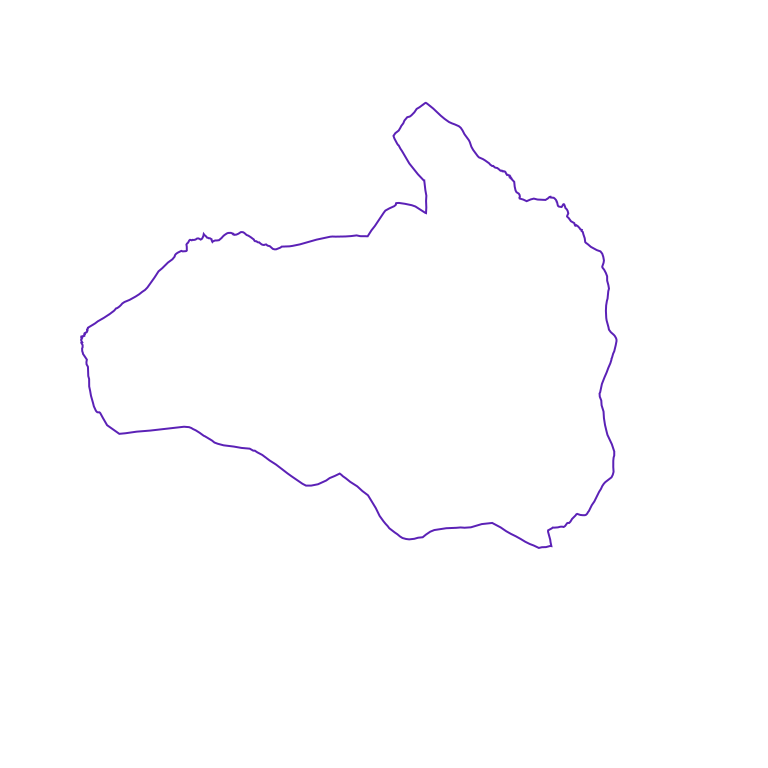 Hanang, Manyara, United Republic of Tanzania (Robinson projection), rotated 326°
{"feature_id": "72390352B73734578830609", "entity_name": "Hanang", "entity_type": "district", "adm_level": 2, "iso_a3": "TZA", "parent_name": "United Republic of Tanzania", "parent_adm1": "Manyara", "projection": "robinson", "projection_center": [35.319, -4.56], "detail": "fine", "context": "isolated", "style": "outline", "palette": "violet", "viewbox_px": 768, "rotation_deg": 326, "n_neighbors": 0, "source": "geoboundaries", "source_scale": "gbopen_adm2", "svg_char_len": 6166}
<svg xmlns="http://www.w3.org/2000/svg" viewBox="0 0 768 768"><g transform="rotate(326 384 384)"><path d="M488.6,600.6L492.7,599.0L502.0,593.7L505.2,592.3L507.8,590.7L510.5,589.6L512.6,589.1L520.4,588.6L522.9,587.2L525.2,585.2L527.6,581.1L531.2,575.8L533.3,573.3L534.9,572.0L537.0,568.9L537.0,569.2L539.2,561.4L540.8,551.1L542.2,547.2L544.3,541.6L547.3,535.2L550.6,529.6L552.5,523.3L554.9,519.2L555.8,515.2L557.4,512.4L558.5,511.8L564.7,505.8L570.5,501.8L574.9,499.0L579.1,496.0L583.2,493.4L586.2,491.0L586.8,490.2L587.6,489.8L590.9,487.0L593.2,485.6L597.8,481.4L600.8,478.4L601.6,477.1L602.0,475.8L602.2,473.3L602.0,471.7L601.0,467.8L600.9,464.7L601.9,462.3L604.1,455.8L605.2,453.5L608.9,447.4L612.1,443.1L615.2,439.8L617.1,438.2L621.9,432.4L623.8,430.8L625.3,427.5L626.8,423.1L629.2,419.5L630.0,416.1L630.4,412.4L630.2,409.6L630.6,408.7L633.8,406.3L635.4,404.6L636.9,401.2L637.8,398.0L637.6,395.1L635.3,392.0L632.2,386.0L631.1,382.0L630.3,379.8L630.2,378.8L631.9,375.4L633.0,371.4L633.8,369.2L633.4,367.6L634.2,366.9L633.3,365.7L633.3,364.0L632.9,361.4L632.2,359.8L631.6,360.1L631.1,359.8L631.1,358.9L631.7,357.0L630.0,353.6L629.9,349.5L629.5,348.3L629.5,347.4L630.2,346.8L632.2,345.6L633.0,343.3L633.2,341.7L633.1,340.7L632.8,339.8L633.7,336.5L633.7,335.6L633.3,335.3L632.8,335.4L630.6,336.5L630.1,336.5L628.2,334.7L627.9,333.9L628.0,333.0L629.2,329.9L629.0,329.3L629.4,328.7L629.5,327.5L629.2,325.6L628.8,324.5L626.6,322.7L626.8,321.9L625.8,321.5L623.6,321.8L620.8,321.7L614.4,316.9L611.9,314.1L608.8,313.0L604.5,312.2L602.6,309.0L600.2,306.1L600.4,305.3L601.3,304.8L602.1,303.2L602.2,301.6L601.1,299.1L601.3,297.1L602.7,293.5L605.0,289.2L604.2,284.4L604.3,284.3L604.2,284.1L604.6,284.2L604.5,283.6L604.8,282.4L604.2,282.0L604.6,281.2L603.9,280.6L603.6,279.7L602.9,279.5L602.9,278.0L603.2,276.1L602.9,275.2L602.2,274.9L601.8,274.1L601.1,273.9L601.1,273.1L600.8,272.8L600.1,272.6L599.6,271.6L599.5,270.8L598.7,268.3L597.2,266.8L596.9,266.1L596.5,264.3L595.6,263.8L594.7,261.4L594.6,259.9L592.8,255.1L591.8,252.9L589.4,249.1L589.1,247.1L588.8,239.8L589.1,236.2L590.4,231.5L590.7,229.4L590.4,221.9L590.9,217.7L590.9,214.5L590.2,212.1L587.8,208.3L586.2,206.1L584.4,203.2L582.5,198.1L581.1,193.3L578.8,183.0L576.5,175.6L575.9,174.3L575.1,174.1L568.2,174.4L564.9,174.2L561.2,175.7L556.9,176.6L554.9,176.7L552.5,175.8L548.3,177.0L545.7,178.7L542.7,179.7L540.7,180.8L537.9,182.1L533.6,182.4L530.6,183.6L529.9,186.3L529.3,192.1L529.3,193.7L529.6,194.4L529.2,198.1L529.2,200.8L528.3,215.3L529.4,229.1L530.9,238.1L531.0,238.1L526.7,246.4L524.4,251.6L521.2,255.8L517.8,261.3L514.4,265.8L513.9,265.1L509.3,254.4L507.0,251.3L502.1,246.3L497.6,242.2L495.5,241.0L495.0,240.9L494.1,242.0L492.0,242.3L486.7,241.4L482.1,241.0L479.7,241.8L464.8,247.9L459.5,249.6L453.1,252.4L446.9,248.1L444.4,245.5L439.3,242.9L434.5,240.1L426.3,234.8L423.7,232.9L421.7,231.8L408.8,226.6L392.3,221.2L385.3,218.3L382.6,217.0L376.0,212.9L374.4,213.0L369.8,212.0L368.5,211.1L367.4,209.8L366.4,205.9L364.8,204.1L364.4,202.5L363.6,202.0L362.3,201.7L361.5,201.0L360.7,200.0L360.0,198.0L359.8,196.9L358.9,196.3L358.4,195.5L358.1,194.4L356.9,193.4L356.7,192.6L356.9,191.4L356.6,190.6L355.6,187.7L354.5,185.2L353.4,183.6L352.7,180.8L352.2,179.6L351.2,178.6L350.1,178.0L347.4,178.0L345.2,177.6L343.4,176.7L342.6,175.7L342.4,174.5L342.6,174.5L341.5,173.0L339.2,171.6L337.9,171.3L334.8,171.3L332.9,171.6L331.1,172.1L327.6,172.5L325.6,171.5L324.3,170.6L322.1,170.1L321.2,170.3L321.4,168.7L322.0,167.6L321.1,165.7L320.2,165.2L319.8,164.3L319.2,163.8L318.9,161.5L318.5,160.4L318.4,158.9L317.2,160.1L315.4,161.3L313.8,161.9L312.7,161.7L312.3,160.6L311.3,159.3L310.1,158.8L308.6,158.9L307.0,158.3L305.8,157.4L305.0,157.4L304.4,156.6L303.8,156.0L302.8,156.1L301.3,156.9L300.5,157.3L299.3,157.4L298.2,157.9L297.2,160.0L295.2,163.0L294.6,163.2L293.9,163.0L291.3,161.5L290.4,160.3L286.5,159.8L284.8,159.8L283.6,160.0L282.5,160.5L281.7,161.3L278.3,162.3L272.8,162.5L264.9,164.0L260.1,164.5L253.3,167.4L241.8,171.7L238.5,172.4L235.1,172.4L231.2,172.7L227.0,172.6L220.1,172.0L214.7,170.9L212.0,170.9L210.3,171.4L208.1,171.8L205.4,171.9L204.2,171.5L201.3,172.3L195.8,172.6L188.7,172.5L181.8,172.0L178.3,172.2L170.0,171.8L169.5,172.5L168.6,172.6L168.1,172.9L167.9,173.3L168.3,173.5L168.2,173.8L166.6,174.8L166.2,174.9L165.9,174.6L164.5,174.5L164.0,175.3L163.6,174.9L162.9,175.6L162.5,176.5L161.1,176.2L161.0,175.9L160.6,175.6L160.4,175.6L160.1,176.1L159.5,175.5L159.2,175.8L158.8,176.7L158.9,177.5L157.7,177.9L157.3,178.7L157.1,180.7L156.3,180.4L156.1,180.5L155.9,183.2L154.7,185.0L153.6,185.7L152.2,188.0L151.7,189.9L151.3,190.7L151.3,197.6L149.5,199.5L148.4,201.4L148.2,204.0L147.8,204.8L143.3,212.0L142.3,215.0L138.2,221.2L136.6,225.2L134.5,229.9L132.1,237.2L131.0,240.2L130.2,245.0L130.3,246.3L130.6,247.2L132.3,248.4L132.5,249.5L132.0,254.6L131.4,263.3L136.7,277.3L142.2,280.3L152.3,285.2L164.0,291.8L194.3,307.6L198.3,310.8L199.7,312.8L200.4,314.4L202.0,317.1L203.9,321.4L205.6,326.1L206.3,327.2L209.8,334.7L210.7,337.7L212.7,340.5L216.7,345.1L224.5,351.9L230.1,357.3L236.5,362.5L238.3,366.1L239.6,367.0L240.7,369.7L243.4,374.7L246.4,383.4L249.4,390.3L254.0,404.1L255.7,408.7L260.6,421.1L262.5,424.6L266.8,427.5L273.2,430.2L282.1,431.7L286.3,431.6L291.7,432.7L297.2,433.5L297.9,435.5L298.3,437.4L299.6,440.8L301.3,446.3L304.6,453.9L306.2,460.6L308.5,467.3L307.8,482.3L306.6,490.9L306.8,497.4L307.1,500.7L307.6,504.0L307.7,506.5L309.9,513.1L311.1,516.1L312.0,519.3L313.2,522.0L315.6,524.8L318.0,526.9L322.6,529.3L326.3,530.5L330.4,532.7L334.7,532.3L339.8,532.3L344.0,533.2L355.0,538.4L363.6,543.7L367.2,545.7L370.4,548.2L375.9,551.4L386.7,554.8L396.0,559.7L400.5,568.1L403.0,574.4L405.4,579.2L408.1,583.9L410.6,588.8L412.9,593.8L415.4,598.2L417.8,601.6L420.7,606.5L423.6,607.6L427.1,609.8L431.2,611.2L432.1,612.0L433.6,608.3L434.7,606.1L437.4,598.2L438.2,597.1L442.4,597.5L443.7,597.4L444.5,598.1L448.0,600.1L450.3,600.9L451.8,601.8L453.0,603.0L454.7,603.0L458.0,601.8L458.8,602.0L459.7,602.7L460.4,602.6L461.7,602.3L464.5,601.0L469.2,600.1L470.6,599.6L471.5,599.7L473.5,602.3L475.4,603.9L477.2,605.1L478.3,605.4L480.0,605.1L481.2,604.4L482.8,603.9L488.6,600.6Z" fill="none" stroke="#5b21b6" stroke-width="2"/></g></svg>